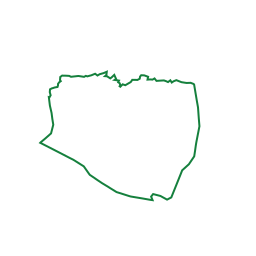 outline of Sanniquellie Mahn, Nimba, Liberia, rotated 53°
{"feature_id": "62588387B26498986950089", "entity_name": "Sanniquellie Mahn", "entity_type": "district", "adm_level": 2, "iso_a3": "LBR", "parent_name": "Liberia", "parent_adm1": "Nimba", "projection": "mercator", "projection_center": [-8.749, 7.383], "detail": "fine", "context": "isolated", "style": "outline", "palette": "green", "viewbox_px": 256, "rotation_deg": 53, "n_neighbors": 0, "source": "geoboundaries", "source_scale": "gbopen_adm2", "svg_char_len": 1516}
<svg xmlns="http://www.w3.org/2000/svg" viewBox="0 0 256 256"><g transform="rotate(53 128 128)"><path d="M88.0,206.5L104.5,198.5L107.4,197.1L117.0,192.5L120.4,190.8L132.0,186.4L141.3,186.7L142.4,186.7L151.6,183.6L154.7,182.5L156.2,182.0L163.7,179.0L164.6,178.7L172.3,175.7L176.3,172.8L176.9,172.4L183.1,168.0L184.3,167.1L192.8,159.0L198.6,153.6L200.4,151.8L196.7,150.8L195.9,147.7L201.8,143.0L208.7,139.9L209.5,135.2L202.1,122.9L196.0,112.8L194.4,110.2L193.6,101.2L190.5,92.2L186.9,88.5L183.1,84.7L182.4,84.0L180.5,82.0L169.6,69.9L162.5,65.4L153.7,59.7L147.6,56.6L133.0,49.0L132.0,49.3L129.6,50.8L127.3,54.1L123.6,57.7L118.9,60.6L118.1,63.5L118.0,65.7L115.4,65.5L115.4,68.4L113.7,69.3L111.6,70.7L109.8,73.4L107.5,76.9L104.4,77.0L104.1,79.3L102.6,81.0L101.1,83.3L99.2,81.1L95.8,83.3L93.8,85.7L94.2,87.4L95.7,89.0L95.3,91.5L92.1,95.6L92.9,97.9L92.9,98.6L92.2,104.4L89.9,106.0L90.4,109.3L89.6,109.5L89.4,108.5L87.3,107.7L85.5,108.3L84.7,106.7L81.6,109.7L81.7,108.0L77.3,107.0L77.7,110.5L77.7,112.3L74.1,113.6L72.8,115.1L72.6,113.3L70.3,111.1L69.5,114.4L68.0,118.2L67.7,120.8L64.9,121.6L63.8,125.7L63.0,127.6L62.3,129.4L61.0,130.3L60.7,132.3L56.6,136.3L52.8,142.7L51.0,143.6L49.2,145.7L46.5,149.1L46.5,151.4L48.9,153.5L50.1,153.5L50.1,155.6L50.7,157.4L51.7,158.1L52.8,159.6L51.5,162.2L50.7,164.6L50.5,165.0L50.2,167.0L52.3,168.9L55.3,170.1L56.3,172.4L55.8,172.7L63.1,176.9L70.0,180.0L75.1,182.9L80.4,185.7L86.0,192.7L86.6,200.4L86.9,206.4L87.0,207.0L88.0,206.5Z" fill="none" stroke="#15803d" stroke-width="2"/></g></svg>